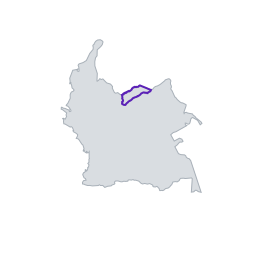 where Arauca sits in Colombia, rotated 331°
{"feature_id": "COL-1420", "entity_name": "Arauca", "entity_type": "Intendancy", "adm_level": 1, "iso_a3": "COL", "parent_name": "Colombia", "parent_adm1": "", "projection": "orthographic", "projection_center": [-71.152, 6.563], "detail": "fine", "context": "in_parent", "style": "outline", "palette": "violet", "viewbox_px": 256, "rotation_deg": 331, "n_neighbors": 0, "source": "natural_earth", "source_scale": "10m", "svg_char_len": 5689}
<svg xmlns="http://www.w3.org/2000/svg" viewBox="0 0 256 256"><g transform="rotate(331 128 128)"><path d="M145.9,42.6L143.6,43.6L139.0,44.7L135.9,49.9L133.7,50.8L131.1,53.9L129.1,57.7L127.6,65.4L123.6,71.9L123.9,72.2L125.5,72.0L127.0,71.2L127.5,71.5L128.0,72.6L129.8,72.9L131.2,78.2L133.9,81.0L134.2,82.0L134.6,84.2L133.6,85.5L133.3,90.4L134.1,91.6L136.2,92.1L137.5,95.2L138.4,95.9L139.6,96.3L142.6,95.9L148.0,96.4L149.3,96.3L152.3,95.2L156.1,96.5L159.0,96.7L166.7,105.9L167.5,105.6L168.4,106.1L170.4,105.2L172.1,105.0L174.3,105.5L177.2,105.5L183.0,104.5L183.9,104.0L187.1,104.5L188.0,105.1L188.5,106.9L188.1,107.9L187.0,109.0L186.4,110.4L186.3,112.0L185.8,113.3L184.7,114.1L184.3,115.2L184.6,116.7L184.0,123.7L184.5,124.2L184.9,127.1L186.2,130.7L186.9,131.8L188.0,132.6L190.1,135.7L189.6,136.7L184.3,141.5L184.1,142.6L185.1,142.1L186.7,142.6L187.3,143.7L191.2,147.0L191.2,148.2L192.3,150.7L192.1,151.3L194.9,158.3L194.9,159.8L192.7,160.2L192.6,155.5L192.3,154.5L189.7,150.3L189.1,150.0L187.4,150.5L184.6,153.6L183.2,154.1L182.2,153.7L181.1,151.8L180.4,151.5L179.7,153.0L180.6,154.4L168.0,154.5L165.5,153.9L162.1,154.6L162.1,161.8L168.1,161.9L169.7,163.9L169.6,165.6L169.8,166.2L168.4,166.5L166.3,165.4L162.6,166.7L159.9,167.1L159.7,174.9L161.3,176.9L164.5,179.0L165.0,180.4L164.8,181.8L165.5,183.5L166.6,184.4L166.6,185.4L167.1,186.5L160.8,219.7L158.6,217.7L157.8,215.8L156.7,215.1L154.6,215.7L152.3,214.8L159.6,203.5L159.4,202.5L153.3,199.8L152.7,199.1L149.8,197.6L148.2,198.0L147.3,198.8L145.0,199.0L143.3,197.8L141.1,197.0L138.6,198.9L137.8,198.9L136.0,199.7L134.0,200.0L131.5,199.2L129.4,199.7L128.0,199.6L127.5,199.0L125.6,198.3L125.4,197.6L125.9,196.2L125.2,193.4L124.9,193.0L123.5,192.9L121.9,191.9L121.5,191.3L121.9,190.2L121.6,189.3L120.0,187.1L117.8,186.5L115.7,184.6L113.6,184.0L112.6,182.7L111.7,179.7L109.5,177.4L108.0,176.6L107.4,175.5L105.9,175.3L103.7,173.8L102.8,173.7L102.1,174.4L100.1,173.6L98.5,172.5L96.7,172.2L95.6,171.5L93.5,169.4L91.3,168.3L90.0,168.7L89.5,170.3L88.8,170.5L86.2,170.1L85.8,170.4L85.1,170.4L82.0,169.1L78.9,168.7L78.1,166.0L76.1,165.0L75.5,163.8L74.1,163.9L68.8,161.4L66.7,159.7L64.8,158.7L62.9,156.8L62.5,156.0L61.1,154.9L61.8,153.5L63.6,152.5L66.0,153.3L66.3,151.7L65.4,150.2L65.8,146.9L66.5,146.2L67.8,145.5L68.6,145.8L69.1,145.3L71.0,145.5L71.6,145.3L73.1,144.0L73.7,142.9L74.4,143.1L76.0,141.3L75.7,139.5L77.2,139.1L78.8,136.2L79.4,136.1L79.8,134.8L82.5,130.0L81.6,130.5L80.5,130.1L80.7,128.5L80.4,128.3L79.5,129.6L78.7,128.3L78.9,126.2L77.7,126.6L77.8,126.1L79.6,124.6L80.3,121.0L79.8,119.7L79.4,114.3L79.1,113.3L77.7,112.0L80.0,110.5L80.8,109.3L79.8,106.9L78.5,104.9L78.5,103.7L79.3,103.8L79.6,100.5L78.9,99.2L77.9,99.2L75.0,94.2L73.9,93.2L74.8,90.9L75.7,89.8L75.5,88.0L76.1,88.1L77.4,89.8L77.9,89.5L80.0,88.0L80.1,86.6L81.7,85.1L79.5,80.0L78.7,79.2L79.7,77.6L80.2,77.7L81.1,79.3L82.5,80.4L84.6,83.2L85.5,83.8L84.8,84.5L84.7,85.1L85.0,85.5L86.2,85.6L86.7,84.8L86.4,81.4L85.9,79.7L84.8,78.5L85.2,78.0L87.4,77.2L91.9,74.0L93.5,70.9L94.7,69.8L96.0,69.1L97.6,69.3L98.9,69.0L99.3,68.0L98.5,65.9L99.5,63.0L99.5,61.5L100.1,60.6L99.9,60.3L98.2,61.3L99.9,59.3L101.2,56.2L107.7,50.7L111.9,52.1L113.3,52.0L111.5,52.7L111.3,53.5L111.9,54.3L112.5,54.6L113.1,54.0L114.5,50.8L114.7,49.1L115.4,48.5L116.3,48.2L120.4,49.0L124.3,48.8L130.8,44.2L135.6,42.3L136.8,40.4L137.1,39.0L138.0,38.4L138.9,38.4L139.5,37.7L141.7,36.5L144.1,36.3L146.6,37.4L147.7,39.3L147.9,40.6L145.9,42.6ZM71.1,144.9L70.8,145.2L70.2,144.7L70.0,144.2L70.4,143.8L70.8,143.9L71.1,144.9Z" fill="#d9dde1" stroke="#a8b0b8" stroke-width="1"/><path d="M138.8,96.2L139.8,96.4L140.1,96.4L140.3,96.4L140.5,96.2L140.8,96.1L141.0,96.1L140.9,95.9L141.2,95.9L141.5,95.9L141.8,95.8L142.1,95.9L142.0,95.7L142.6,95.7L142.8,95.8L143.0,95.9L143.3,95.8L143.6,95.9L143.8,95.9L144.1,95.9L144.3,96.1L144.7,95.9L144.9,95.9L145.0,95.9L145.4,96.0L145.6,96.0L146.0,95.9L146.2,96.0L146.3,96.0L146.3,96.3L146.5,96.5L147.1,96.5L147.3,96.6L147.6,96.6L147.8,96.4L148.7,96.4L149.3,96.3L149.8,96.1L150.3,95.8L150.4,95.6L150.5,95.5L150.8,95.5L151.2,95.3L151.7,95.3L152.3,95.1L152.7,95.1L152.9,95.3L153.0,95.3L153.4,95.4L153.6,95.4L153.9,95.3L154.0,95.3L154.7,96.1L154.8,96.1L155.0,96.2L155.3,96.1L155.5,96.2L155.5,96.3L156.9,96.9L157.2,96.9L157.8,96.6L158.2,96.5L158.7,96.5L159.0,96.5L159.3,96.8L159.5,97.1L160.3,98.1L161.2,99.2L162.0,100.2L162.9,101.3L163.7,102.3L164.5,103.4L165.4,104.5L166.2,105.5L166.5,105.9L165.5,106.6L165.1,106.7L162.8,106.6L162.4,106.7L162.1,106.9L162.0,107.0L161.6,106.8L161.5,106.6L161.4,106.4L161.3,106.2L161.1,106.0L160.9,105.9L160.1,105.6L159.9,105.4L159.9,105.2L159.7,105.1L159.4,104.9L159.2,104.6L158.7,104.4L158.3,104.3L157.9,104.3L157.6,104.3L157.3,104.3L157.2,104.3L156.8,104.2L156.6,104.2L156.3,104.2L155.5,104.5L155.1,104.7L154.9,104.8L154.4,104.8L153.9,104.8L153.0,105.0L152.4,105.0L152.4,104.9L151.9,104.7L151.7,104.7L151.3,104.8L151.0,104.9L150.9,104.9L149.9,104.8L149.1,104.5L148.7,104.5L148.1,104.5L147.9,104.5L147.5,104.3L147.1,104.3L146.9,104.4L146.7,104.4L146.4,104.4L146.0,104.6L145.6,104.8L145.3,104.8L145.1,104.8L144.9,104.9L144.3,105.1L144.1,105.1L143.8,105.1L143.6,105.1L143.3,105.2L143.1,105.1L142.8,105.0L142.7,105.0L142.3,105.1L141.5,105.1L141.2,105.1L140.0,105.6L139.7,105.6L139.2,105.6L138.4,105.9L137.8,106.1L137.2,106.5L136.7,106.5L136.4,106.2L135.9,106.0L135.7,105.9L135.6,105.7L135.3,105.2L134.9,104.8L134.6,104.4L134.6,104.1L134.6,103.8L134.9,103.4L135.2,103.1L135.3,102.9L135.3,102.7L135.5,102.4L135.7,102.5L135.8,102.6L136.0,102.4L136.1,102.2L136.4,102.1L136.5,102.1L136.8,101.9L136.9,101.7L137.1,101.3L137.3,99.2L137.7,98.9L137.9,98.6L138.0,98.2L138.2,97.8L138.6,96.7L138.8,96.5L138.8,96.2L138.8,96.2Z" fill="none" stroke="#5b21b6" stroke-width="2"/></g></svg>